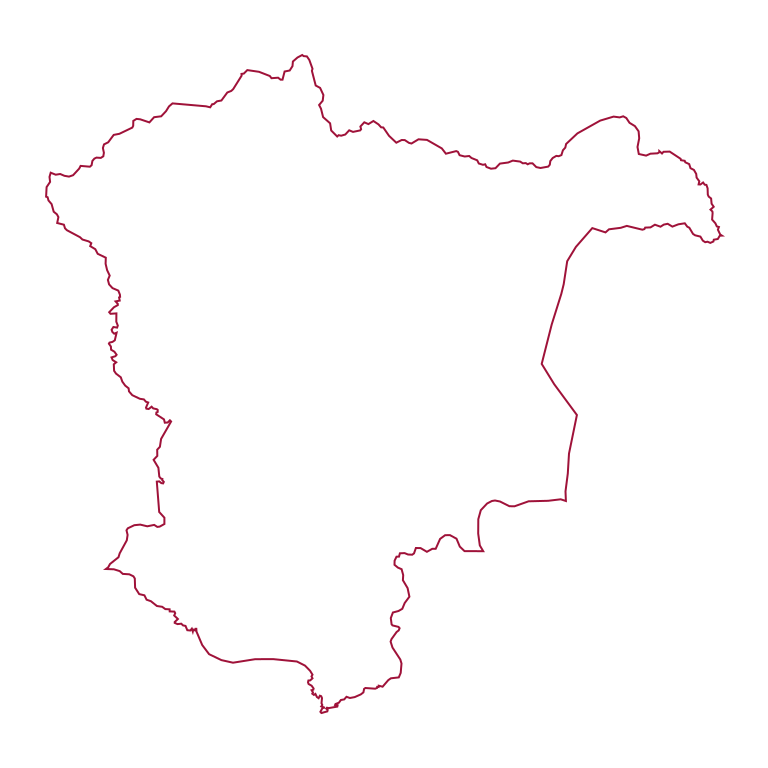 Olmedo, Manabi, Ecuador (Albers equal-area conic projection)
{"feature_id": "8360857B9236921602752", "entity_name": "Olmedo", "entity_type": "district", "adm_level": 2, "iso_a3": "ECU", "parent_name": "Ecuador", "parent_adm1": "Manabi", "projection": "albers", "projection_center": [-80.217, -1.371], "detail": "fine", "context": "isolated", "style": "outline", "palette": "rose", "viewbox_px": 768, "rotation_deg": 0, "n_neighbors": 0, "source": "geoboundaries", "source_scale": "gbopen_adm2", "svg_char_len": 6066}
<svg xmlns="http://www.w3.org/2000/svg" viewBox="0 0 768 768"><path d="M209.1,654.2L221.4,660.1L233.0,662.7L255.1,659.2L273.0,659.1L296.9,661.5L305.0,665.6L310.1,670.8L312.5,674.7L311.5,676.4L312.5,678.3L310.2,680.4L308.4,680.5L308.0,682.3L308.6,684.0L311.6,685.7L313.6,688.5L313.3,689.7L311.6,690.2L313.0,692.5L312.3,693.7L313.9,694.9L315.4,693.9L316.9,697.0L318.6,698.2L319.9,695.7L321.2,696.2L322.0,698.1L321.5,703.2L322.3,705.0L321.3,706.4L324.7,707.7L322.5,708.0L320.4,711.8L321.4,713.0L327.3,711.4L327.7,710.0L326.2,708.5L326.9,707.7L328.7,708.1L337.3,706.6L337.6,705.3L335.1,705.0L335.5,704.0L338.9,702.7L340.9,700.0L344.2,699.4L346.5,696.8L349.9,698.0L354.7,697.1L360.8,694.4L363.4,692.4L364.1,688.9L365.4,688.0L375.2,688.7L377.1,687.9L377.2,686.9L378.6,687.0L378.7,685.7L382.6,686.7L388.3,680.1L390.9,678.3L398.8,677.4L400.7,672.9L401.5,663.5L400.3,659.5L392.5,647.6L390.6,641.6L391.5,639.1L396.6,632.0L398.7,630.4L399.6,628.2L398.5,626.9L392.5,625.4L391.6,624.3L390.8,618.1L392.9,612.5L398.5,611.0L402.3,608.8L404.7,603.0L409.4,596.7L407.6,588.1L402.9,580.2L403.2,575.1L401.6,569.2L397.9,567.6L394.5,564.8L394.6,560.7L396.5,556.7L399.0,556.6L399.9,553.3L404.6,553.1L408.0,554.5L412.2,554.7L414.0,553.4L415.9,548.0L420.6,548.1L426.9,551.8L432.3,548.8L435.7,548.8L440.1,538.9L445.1,535.2L449.9,535.1L456.5,538.7L459.8,546.6L464.5,551.1L483.2,551.2L479.8,545.4L478.2,533.6L478.3,519.2L480.8,510.2L487.1,503.5L491.9,501.0L495.0,500.5L500.0,501.5L509.4,506.2L514.5,506.3L528.6,501.3L548.1,500.8L560.7,499.3L565.9,501.0L565.5,491.4L567.8,473.5L569.0,453.6L576.9,415.0L554.2,384.2L541.7,363.9L551.7,324.5L561.3,293.9L563.7,284.2L567.2,261.2L575.9,246.9L592.3,228.1L605.5,232.4L609.0,229.3L620.8,227.8L626.8,225.9L642.4,229.7L644.4,229.1L645.2,227.6L650.5,227.4L654.9,224.7L660.5,226.7L663.8,224.6L667.7,223.8L672.4,226.6L678.4,224.3L684.8,223.3L687.3,226.7L689.3,227.7L693.0,233.9L695.1,235.3L700.4,236.6L702.8,240.6L705.2,242.2L707.5,241.7L710.3,242.9L713.4,241.5L713.8,239.7L717.8,239.0L719.8,235.7L721.9,235.6L720.2,234.5L717.9,229.7L718.9,227.0L716.8,226.4L715.4,223.3L712.1,219.6L712.6,213.0L712.4,211.5L710.5,209.6L713.7,206.8L711.6,203.7L711.1,198.5L708.7,196.6L707.8,194.6L707.6,188.3L706.4,184.9L704.7,184.7L703.1,182.5L700.4,184.5L698.6,184.4L699.3,181.3L696.6,177.6L696.2,173.9L693.9,169.9L690.5,168.2L689.2,164.1L685.3,162.3L684.7,160.8L681.0,160.2L680.6,158.8L669.7,151.6L663.5,151.8L662.0,153.5L659.3,151.1L659.3,152.3L657.5,153.3L650.4,153.7L646.1,155.6L638.8,154.0L637.5,147.0L639.2,138.3L638.6,131.3L634.9,126.1L629.5,122.8L626.3,118.0L623.2,116.3L619.7,117.4L613.6,116.6L600.2,120.6L577.4,133.4L566.1,144.0L565.3,147.6L562.9,150.3L561.4,155.1L558.7,156.2L556.3,155.9L552.7,158.0L550.3,161.1L549.8,164.7L548.2,166.6L540.5,168.0L536.3,167.1L532.5,163.3L529.7,163.3L527.7,164.3L525.8,163.1L522.8,163.3L520.2,161.6L512.8,160.6L508.2,162.5L499.9,163.6L495.5,168.2L491.0,168.7L486.5,167.0L485.2,164.3L483.0,164.8L478.8,163.5L477.2,160.3L471.5,158.0L469.2,156.0L464.7,156.5L459.6,155.2L457.9,151.8L456.2,151.1L445.9,153.7L441.8,148.4L427.0,139.9L418.5,139.3L411.5,143.5L409.0,142.9L404.8,140.1L401.7,140.0L396.3,142.7L389.0,135.8L383.3,127.5L381.1,127.3L378.5,124.4L373.4,121.0L368.4,124.1L364.3,122.3L360.4,126.5L361.1,129.2L360.2,130.4L353.0,131.9L349.2,130.3L345.3,134.5L341.2,135.7L338.6,135.2L337.2,136.5L331.2,130.5L330.1,123.3L323.1,117.1L321.0,108.7L319.1,105.0L322.7,100.7L323.4,95.0L320.1,87.9L315.7,85.5L311.9,70.8L312.5,68.8L309.3,59.9L306.9,56.4L303.6,56.1L302.2,55.0L297.5,57.5L292.9,61.5L292.5,66.1L289.7,70.5L284.6,71.5L282.5,79.7L280.6,79.7L278.1,77.7L271.5,78.2L269.8,76.0L259.0,71.8L247.3,70.1L243.8,73.6L241.5,73.9L241.6,75.7L233.2,89.1L231.3,90.9L227.3,92.5L221.4,100.5L217.0,101.3L213.7,104.1L212.2,104.2L210.2,107.3L206.0,106.3L172.5,103.4L169.0,106.4L166.0,111.2L161.2,116.3L154.1,117.2L149.4,122.4L140.2,119.3L136.5,118.9L133.3,120.9L133.2,125.8L132.3,127.6L119.4,133.8L113.7,134.9L108.2,142.3L104.0,144.4L102.9,148.0L103.9,152.8L103.3,156.3L100.8,157.9L96.5,157.6L94.4,158.6L92.4,160.9L91.6,165.2L89.9,166.7L80.6,165.9L79.2,168.6L73.1,175.2L69.0,176.6L64.4,175.8L60.2,174.0L55.7,174.7L50.7,172.7L49.5,176.9L50.1,181.9L46.6,187.1L46.1,196.7L47.6,197.2L48.5,200.5L51.6,204.1L53.7,211.7L56.9,214.3L58.4,217.1L57.2,223.0L63.9,224.7L65.0,228.3L66.9,230.2L80.0,237.2L82.4,239.5L88.7,241.4L91.3,243.2L90.2,246.1L95.3,249.2L97.7,253.8L105.8,257.7L105.6,263.8L107.1,270.1L109.7,275.6L107.9,279.9L109.1,284.4L112.5,288.1L118.3,290.6L119.9,294.6L120.1,296.9L119.1,297.4L119.7,300.6L115.6,301.4L117.8,303.9L117.8,305.1L114.0,307.2L109.2,312.2L110.5,313.8L116.4,313.4L116.3,321.7L117.8,325.6L117.1,327.6L113.4,327.0L111.6,329.8L112.4,332.0L114.2,333.7L116.6,332.7L114.8,340.3L112.5,341.9L109.5,342.6L108.9,343.7L110.9,346.5L111.1,349.7L114.4,351.7L116.6,354.8L115.4,356.2L111.5,357.4L112.7,360.1L116.2,362.3L113.8,364.3L114.1,370.8L116.0,373.6L120.8,377.3L122.3,381.6L125.2,385.6L128.6,388.3L129.0,391.4L132.3,395.2L139.9,398.8L143.9,399.4L145.9,401.7L148.2,402.5L146.0,407.6L146.4,408.7L148.7,409.0L151.6,406.7L153.2,408.4L156.8,409.2L157.7,409.9L157.7,411.9L156.4,412.5L156.2,414.3L164.0,419.4L164.8,422.7L167.7,422.5L169.9,420.3L171.1,421.5L161.1,438.9L159.9,446.8L157.2,449.7L157.3,455.9L153.6,459.8L158.4,467.8L159.3,476.6L160.7,478.4L162.4,479.0L162.2,480.0L163.8,481.9L163.1,483.4L161.3,483.1L159.3,481.4L156.8,481.6L159.2,512.0L164.4,517.7L164.4,524.0L159.7,526.6L157.3,526.9L154.2,524.9L147.3,526.3L140.2,524.6L134.3,525.2L127.8,528.3L126.5,530.3L127.6,534.9L126.8,540.3L119.7,553.3L118.5,557.2L110.0,564.0L108.2,567.3L105.9,569.0L113.9,569.3L119.7,571.1L122.8,573.9L129.3,574.3L133.4,576.3L134.8,578.5L135.1,587.7L139.2,594.1L144.4,595.3L146.6,599.7L150.9,601.2L156.9,606.0L162.2,606.8L165.3,609.1L169.6,609.3L169.7,611.4L174.4,611.6L175.2,613.2L174.2,615.5L177.9,619.0L174.7,622.0L174.7,622.9L177.5,624.1L181.3,623.7L183.0,625.4L185.5,625.9L187.3,630.2L190.3,630.5L191.8,628.7L192.8,631.6L193.3,629.6L194.8,630.3L195.4,628.8L196.3,628.8L196.5,631.6L202.2,645.0L209.1,654.2Z" fill="none" stroke="#9f1239" stroke-width="2"/></svg>